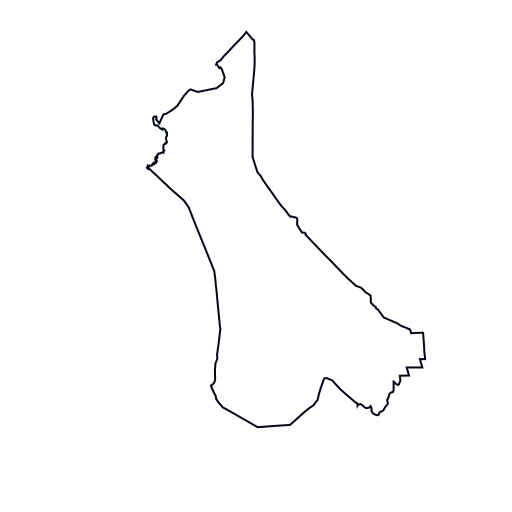 Puzes pag., Ventspils, Latvia (Equal Earth projection), rotated 240°
{"feature_id": "27541924B95248951242088", "entity_name": "Puzes pag.", "entity_type": "district", "adm_level": 2, "iso_a3": "LVA", "parent_name": "Latvia", "parent_adm1": "Ventspils", "projection": "equal_earth", "projection_center": [22.107, 57.369], "detail": "fine", "context": "isolated", "style": "outline", "palette": "ink", "viewbox_px": 512, "rotation_deg": 240, "n_neighbors": 0, "source": "geoboundaries", "source_scale": "gbopen_adm2", "svg_char_len": 5652}
<svg xmlns="http://www.w3.org/2000/svg" viewBox="0 0 512 512"><g transform="rotate(240 256 256)"><path d="M203.9,183.6L203.1,183.1L189.8,172.8L186.4,171.2L183.0,166.9L180.7,165.5L178.8,164.0L169.7,159.0L168.6,158.1L167.7,157.1L166.6,155.0L166.5,153.5L166.3,152.2L162.5,151.5L162.4,151.6L157.7,151.2L156.2,151.2L154.7,151.1L154.2,150.9L153.5,150.5L152.5,150.3L151.8,149.9L151.7,149.9L150.3,150.3L149.2,150.2L148.9,150.1L143.5,151.2L143.2,151.2L141.5,151.5L140.8,152.0L138.5,153.4L133.5,156.4L127.3,160.0L123.7,162.1L107.0,171.8L106.1,173.7L104.9,175.8L102.0,182.2L101.9,182.3L100.4,185.3L99.1,188.1L97.2,191.9L92.7,201.0L94.8,211.1L96.5,219.1L96.7,220.3L97.5,224.9L98.0,231.2L98.1,231.3L100.5,237.2L102.9,239.6L105.1,241.6L109.3,246.1L114.2,251.8L115.9,253.8L115.0,256.1L113.2,257.5L112.9,257.7L110.4,259.6L109.8,259.9L104.1,261.1L100.3,262.0L98.4,262.4L91.2,264.8L78.6,269.3L77.7,270.0L76.7,269.9L76.4,269.4L75.7,269.1L75.9,269.4L76.2,270.6L76.2,270.9L76.1,271.2L75.8,271.5L75.6,272.1L75.5,272.5L74.8,273.0L73.5,273.5L71.2,274.2L70.2,274.8L69.4,275.2L69.0,275.5L68.9,275.7L68.5,277.5L68.2,278.0L68.0,278.6L68.0,278.9L68.1,279.3L68.8,280.1L68.3,280.3L66.9,280.0L65.5,279.5L64.7,278.8L64.0,278.6L62.9,278.5L61.7,278.5L60.8,278.8L60.4,279.0L59.7,279.4L59.0,279.9L58.4,280.5L57.6,281.2L57.2,282.0L57.2,283.0L58.2,283.9L58.7,285.1L58.9,285.9L58.7,286.3L58.6,287.4L58.6,288.6L58.8,289.2L59.5,290.6L60.6,292.4L61.3,294.4L61.6,295.1L61.9,295.9L62.4,296.5L63.5,296.8L64.2,297.1L65.0,297.3L65.6,297.5L65.8,297.6L66.2,298.3L66.5,298.9L67.1,299.4L67.3,299.9L68.0,300.9L69.1,301.9L69.9,302.8L70.0,303.0L70.1,303.4L70.2,305.6L69.9,306.0L69.7,306.3L70.0,307.1L70.2,307.3L70.6,307.6L71.5,308.4L73.6,309.6L74.4,310.1L75.4,310.6L76.5,311.3L77.7,311.9L78.5,312.4L78.2,312.6L77.9,312.7L76.8,312.9L75.1,313.4L73.9,313.9L73.6,314.3L73.4,314.6L73.4,315.5L73.5,315.8L74.3,316.5L74.9,317.4L75.4,318.3L76.3,318.9L77.9,319.5L78.8,320.1L79.6,320.3L80.4,320.7L76.0,328.7L84.1,330.8L78.3,340.8L76.3,344.3L84.7,346.4L82.1,350.9L83.5,351.6L89.0,353.9L91.9,355.5L96.6,357.8L105.7,362.2L106.2,362.0L109.6,355.7L111.4,352.1L111.5,351.7L113.6,352.4L115.7,352.5L116.7,351.6L117.3,351.2L117.2,351.1L118.2,350.6L122.6,347.0L124.3,346.0L126.3,345.2L127.7,344.2L138.9,335.9L148.6,334.9L150.3,333.8L151.9,334.2L153.6,333.3L158.1,332.1L162.5,334.5L164.5,335.4L166.2,334.7L167.7,333.9L170.0,332.6L170.4,332.5L171.9,332.4L173.1,332.0L176.3,331.0L176.8,330.5L180.3,327.6L188.0,325.2L190.7,324.3L197.4,322.5L216.5,317.8L218.8,317.1L241.9,311.4L249.3,309.7L249.8,309.9L249.8,309.7L250.0,309.8L250.9,310.1L251.3,310.1L252.4,309.2L253.2,307.6L257.8,307.3L262.7,307.3L267.1,310.1L268.0,310.3L269.1,309.9L269.7,309.5L270.0,309.0L270.1,308.8L270.6,308.5L270.9,308.1L271.6,307.6L271.9,307.1L272.3,306.5L272.9,306.0L272.9,305.7L272.8,305.4L275.4,304.8L278.4,304.6L281.7,304.1L287.8,302.8L317.4,300.1L323.2,300.0L326.3,299.4L328.2,299.2L343.4,302.5L348.0,305.2L368.5,317.1L381.3,324.7L392.1,330.7L397.9,333.3L418.2,347.7L422.9,350.8L429.4,354.5L433.3,356.5L441.3,361.2L444.1,362.2L445.3,361.3L446.6,361.1L454.8,359.7L452.9,354.7L451.2,348.8L449.4,342.4L446.6,333.3L445.7,329.9L445.0,327.7L443.3,323.3L443.2,319.0L441.8,317.3L441.6,317.9L437.0,318.2L437.1,319.6L434.8,319.8L426.4,318.2L422.2,314.0L421.1,305.8L424.4,295.9L427.2,287.6L433.0,282.6L432.9,280.6L432.9,280.3L432.7,279.5L430.5,273.1L428.9,270.0L425.3,262.7L424.7,258.9L424.2,255.0L424.3,254.8L424.1,250.5L424.1,249.4L424.9,246.6L419.2,238.6L424.3,237.8L425.3,238.9L425.6,239.1L426.5,239.5L427.7,237.4L427.5,237.1L427.3,236.9L427.1,236.0L426.2,235.5L424.0,234.6L420.7,233.5L418.9,234.5L418.9,235.4L418.0,236.1L415.2,236.6L412.8,237.9L413.1,238.0L413.1,238.5L413.2,238.9L413.0,239.2L412.6,239.5L412.3,239.8L411.5,240.2L411.0,240.2L410.3,240.5L409.7,240.3L409.1,240.2L408.2,240.6L407.7,240.6L407.4,240.6L406.9,240.3L407.2,240.0L405.5,239.6L404.7,239.1L404.5,238.8L404.3,238.0L403.3,237.2L401.4,236.2L398.9,235.8L398.9,235.6L399.0,234.0L398.5,234.0L398.6,232.2L398.6,231.7L397.0,230.4L394.7,229.1L393.5,229.3L393.6,228.9L392.8,228.3L392.8,228.2L392.4,227.9L392.5,227.9L392.8,224.0L393.5,223.1L392.9,222.1L393.1,221.5L392.5,220.4L391.6,220.3L391.4,220.4L391.0,220.1L390.9,219.9L390.5,219.6L390.7,219.4L391.7,219.1L391.9,218.5L391.6,218.2L390.9,218.2L390.2,217.9L390.7,217.5L390.4,217.1L389.9,217.1L389.8,217.3L389.7,217.6L389.5,217.8L389.4,217.8L388.9,217.4L388.7,217.4L388.7,217.6L388.3,217.4L388.1,217.6L387.9,217.6L387.6,217.3L388.2,217.1L388.3,217.0L387.8,216.5L387.9,216.3L388.2,216.2L388.3,216.2L388.1,216.0L387.6,216.1L387.2,216.3L387.0,216.2L386.9,216.0L386.5,215.6L386.6,215.3L386.7,214.7L387.0,214.7L387.0,214.4L387.2,214.1L386.7,214.0L386.5,213.8L386.6,213.7L386.8,213.6L387.2,213.7L387.8,213.7L387.7,213.4L387.3,213.4L387.3,213.2L386.9,213.1L386.9,212.9L387.0,212.4L386.7,212.1L386.8,211.9L387.2,212.0L387.3,212.0L387.3,211.9L387.2,211.6L386.8,211.3L386.4,210.8L386.5,210.3L386.8,209.8L387.2,209.6L387.2,209.1L387.5,208.9L387.5,208.6L387.1,208.5L387.0,208.3L387.2,208.1L387.6,208.1L388.2,207.7L387.6,207.5L387.4,207.2L387.6,206.7L387.3,206.3L387.2,206.2L386.7,206.3L386.5,206.2L387.0,205.9L387.0,205.7L386.7,205.7L385.9,205.8L385.7,205.9L385.4,206.1L385.4,206.3L385.4,206.5L385.5,206.9L385.4,207.0L384.7,206.9L384.5,207.2L383.8,207.6L379.8,208.7L377.5,209.5L366.6,212.7L361.4,214.4L359.9,214.6L340.1,221.3L332.0,222.0L329.0,221.6L323.3,220.8L323.3,220.7L310.8,218.9L310.6,218.9L292.2,216.3L289.5,216.0L268.1,212.9L264.1,212.4L257.0,209.5L249.7,206.1L248.7,205.8L242.0,202.7L220.0,192.7L219.9,192.6L217.0,191.4L215.8,190.7L210.8,188.7L210.5,188.7L210.3,188.4L209.7,187.9L203.9,183.6Z" fill="none" stroke="#020617" stroke-width="2"/></g></svg>